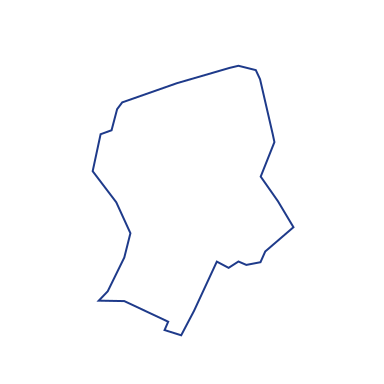 outline of Casey, Kentucky, United States of America, rotated 204°
{"feature_id": "52423323B59242222872461", "entity_name": "Casey", "entity_type": "district", "adm_level": 2, "iso_a3": "USA", "parent_name": "United States of America", "parent_adm1": "Kentucky", "projection": "equal_earth", "projection_center": [-84.951, 37.325], "detail": "fine", "context": "isolated", "style": "outline", "palette": "blue", "viewbox_px": 384, "rotation_deg": 204, "n_neighbors": 0, "source": "geoboundaries", "source_scale": "gbopen_adm2", "svg_char_len": 542}
<svg xmlns="http://www.w3.org/2000/svg" viewBox="0 0 384 384"><g transform="rotate(204 192 192)"><path d="M127.7,137.6L121.3,147.4L112.7,147.5L100.9,155.7L100.9,167.5L85.0,201.1L109.7,218.5L135.5,234.0L137.0,271.1L141.8,277.7L175.7,322.7L183.3,329.3L200.9,326.2L208.1,320.7L250.0,285.3L292.2,245.5L294.1,237.2L290.6,215.7L299.0,207.6L291.2,170.6L257.0,151.8L231.5,129.3L227.2,104.6L228.6,67.0L233.0,54.8L209.5,64.8L161.0,63.8L160.9,54.7L143.6,56.7L141.8,84.4L141.0,138.5L127.7,137.6Z" fill="none" stroke="#1e3a8a" stroke-width="2"/></g></svg>